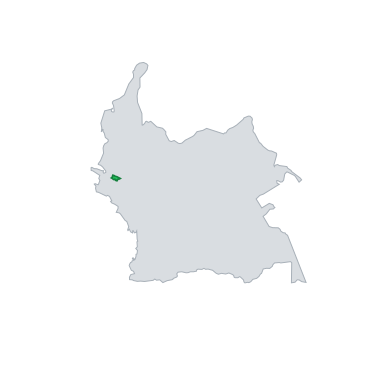 Mutatá, Antioquia, Colombia (highlighted), rotated 328°
{"feature_id": "7082276B10402397965480", "entity_name": "Mutatá", "entity_type": "district", "adm_level": 2, "iso_a3": "COL", "parent_name": "Colombia", "parent_adm1": "Antioquia", "projection": "mercator", "projection_center": [-76.456, 7.344], "detail": "fine", "context": "in_parent", "style": "filled", "palette": "green", "viewbox_px": 384, "rotation_deg": 328, "n_neighbors": 0, "source": "geoboundaries", "source_scale": "gbopen_adm2", "svg_char_len": 5187}
<svg xmlns="http://www.w3.org/2000/svg" viewBox="0 0 384 384"><g transform="rotate(328 192 192)"><path d="M218.7,64.4L215.1,65.9L208.2,67.7L203.5,75.5L200.3,76.9L196.3,81.5L193.3,87.2L191.1,98.9L185.2,108.8L185.7,109.2L188.0,108.8L190.2,107.7L191.0,108.0L191.8,109.8L194.5,110.2L196.7,118.2L200.7,122.2L201.2,123.8L201.7,127.1L200.3,129.1L199.8,136.4L201.1,138.2L204.2,138.9L206.2,143.4L207.4,144.5L209.3,145.2L213.8,144.5L221.8,145.2L223.7,145.1L228.2,143.5L233.9,145.5L238.1,145.8L249.6,159.5L250.8,159.1L252.2,159.9L255.1,158.5L257.6,158.2L260.9,158.9L265.3,158.9L274.0,157.5L275.3,156.7L280.0,157.5L281.4,158.5L282.1,161.1L281.6,162.6L279.9,164.2L279.0,166.3L278.8,168.7L278.0,170.6L276.4,171.8L275.8,173.5L276.2,175.7L275.3,186.0L276.0,186.9L276.5,191.1L278.5,196.6L279.5,198.1L281.2,199.4L284.2,203.9L283.5,205.4L275.7,212.5L275.3,214.1L276.8,213.4L279.2,214.1L280.0,215.8L285.9,220.7L285.8,222.6L287.5,226.3L287.2,227.1L291.2,237.6L291.4,239.8L288.0,240.4L287.9,233.4L287.4,231.9L283.6,225.7L282.8,225.2L280.2,225.9L276.0,230.5L274.0,231.2L272.4,230.6L270.8,227.8L269.8,227.3L268.8,229.6L270.1,231.7L251.4,231.6L247.7,230.8L242.7,231.9L242.7,242.5L251.5,242.6L253.9,245.7L253.7,248.1L254.1,249.0L252.0,249.5L248.9,247.9L243.4,249.9L239.4,250.3L239.1,262.1L241.5,265.0L246.2,268.1L246.9,270.3L246.6,272.3L247.7,274.8L249.3,276.1L249.3,277.7L250.1,279.3L240.8,329.1L237.5,326.1L236.3,323.4L234.7,322.2L231.6,323.1L228.2,321.7L239.1,304.8L238.7,303.3L229.7,299.2L228.7,298.1L224.4,295.9L222.1,296.5L220.7,297.6L217.4,298.0L214.8,296.2L211.6,295.0L207.8,297.9L206.7,297.8L204.0,299.1L201.1,299.5L197.3,298.3L194.3,299.2L192.2,299.0L191.4,298.1L188.7,297.1L188.4,295.9L189.1,293.8L188.0,289.7L187.5,289.0L185.5,289.0L183.1,287.5L182.6,286.6L183.1,284.9L182.7,283.5L180.3,280.2L177.1,279.4L173.9,276.6L170.8,275.7L169.4,273.7L168.0,269.3L164.8,265.9L162.5,264.7L161.7,263.1L159.4,262.9L156.2,260.6L154.8,260.5L153.8,261.5L150.9,260.4L148.4,258.8L145.8,258.3L144.1,257.3L141.0,254.2L137.7,252.6L135.8,253.2L135.1,255.5L134.0,256.0L130.2,255.4L129.6,255.9L128.6,255.8L123.9,254.0L119.3,253.4L118.1,249.4L115.2,248.0L114.3,246.1L112.2,246.3L104.3,242.7L101.0,240.2L98.3,238.8L95.4,236.0L94.9,234.9L92.6,233.2L93.8,231.1L96.4,229.6L100.0,230.8L100.4,228.3L99.1,226.2L99.7,221.2L100.7,220.2L102.6,219.2L103.8,219.5L104.6,218.7L107.5,219.1L108.3,218.8L110.5,216.8L111.5,215.2L112.5,215.4L114.8,212.7L114.4,210.1L116.6,209.5L118.9,205.1L119.9,205.0L120.5,202.9L124.5,195.7L123.0,196.6L121.5,196.1L121.7,193.7L121.2,193.4L119.9,195.2L118.8,193.3L119.1,190.3L117.3,190.8L117.3,190.1L120.0,187.8L121.1,182.5L120.2,180.6L119.7,172.6L119.2,171.1L117.0,169.1L120.5,166.8L121.7,165.1L120.1,161.6L118.1,158.6L118.0,156.8L119.3,157.0L119.7,152.0L118.6,150.1L117.2,150.1L112.6,142.8L111.0,141.2L112.2,137.7L113.6,136.2L113.3,133.5L114.2,133.6L116.2,136.1L117.0,135.7L120.0,133.4L120.1,131.2L122.6,129.0L119.1,121.5L117.9,120.3L119.3,117.9L120.1,118.0L121.5,120.4L123.6,121.9L126.8,126.1L128.2,127.0L127.2,128.0L127.0,129.0L127.5,129.5L129.3,129.7L130.0,128.5L129.5,123.4L128.7,120.9L127.1,119.0L127.6,118.3L130.9,117.0L137.6,112.2L139.9,107.6L141.7,105.9L143.7,104.9L146.1,105.1L148.0,104.5L148.6,103.1L147.4,99.9L148.8,95.5L148.7,93.3L149.7,92.0L149.3,91.5L146.9,93.0L149.4,90.0L151.2,85.3L161.0,76.9L167.4,79.0L169.4,78.8L166.8,79.9L166.4,81.1L167.3,82.3L168.3,82.7L169.1,81.9L171.3,77.0L171.6,74.3L172.5,73.4L173.9,73.1L180.1,74.3L186.1,73.8L195.7,66.9L203.1,63.9L204.8,61.1L205.3,58.9L206.6,58.1L208.0,58.1L208.9,56.9L212.2,55.1L215.8,54.9L219.6,56.5L221.4,59.3L221.7,61.3L218.7,64.4ZM107.6,218.2L107.1,218.6L106.3,217.9L106.0,217.1L106.5,216.5L107.2,216.7L107.6,218.2Z" fill="#d9dde1" stroke="#a8b0b8" stroke-width="1"/><path d="M131.6,137.3L131.0,137.3L131.1,137.5L131.3,137.6L132.0,139.7L132.0,139.8L132.3,139.9L132.3,140.0L132.5,140.1L132.8,140.2L132.8,140.3L132.9,140.5L133.0,140.6L133.2,140.8L133.3,140.7L133.3,140.8L133.4,140.7L133.4,140.8L133.5,140.8L133.5,141.0L133.6,141.3L133.7,141.5L133.8,141.7L133.8,141.8L133.8,142.0L134.0,142.3L133.9,142.3L134.0,142.3L133.9,142.3L134.0,142.3L134.0,142.5L134.2,142.8L134.4,142.8L134.5,142.8L134.7,142.7L134.8,142.6L134.9,142.4L135.0,142.3L135.1,142.2L135.0,141.9L135.3,141.9L135.5,141.9L135.5,142.0L135.6,141.9L135.7,142.0L135.8,142.0L136.0,142.1L136.3,142.1L136.5,142.1L136.7,142.3L136.8,142.3L136.9,142.5L137.0,142.5L137.3,142.5L137.5,142.5L137.8,142.6L138.0,142.5L138.3,142.6L138.5,142.6L137.1,140.3L137.0,140.2L136.9,140.0L136.9,139.9L136.8,139.7L136.7,139.7L136.5,139.4L136.4,139.3L136.4,139.2L136.2,139.0L136.2,138.9L136.0,138.7L135.9,138.6L135.7,138.4L135.5,138.2L135.4,138.2L135.2,138.0L135.2,137.9L135.2,137.7L135.0,137.4L134.9,137.3L135.0,137.3L134.9,137.3L134.9,137.2L134.7,137.1L134.7,136.9L134.7,136.7L134.4,136.5L134.4,136.4L134.3,136.2L134.2,136.1L134.0,135.9L133.9,135.9L133.8,136.0L133.6,136.0L133.4,136.1L133.3,136.3L133.2,136.3L133.2,136.2L133.1,136.3L133.1,136.2L133.1,136.3L132.9,136.4L132.9,136.5L132.7,136.8L132.7,137.0L132.4,137.2L132.5,137.2L132.4,137.2L132.4,137.3L132.1,137.4L132.1,137.5L131.9,137.5L131.9,137.4L131.8,137.5L131.8,137.4L131.7,137.3L131.6,137.3Z" fill="#22c55e" stroke="#15803d" stroke-width="1.5"/></g></svg>